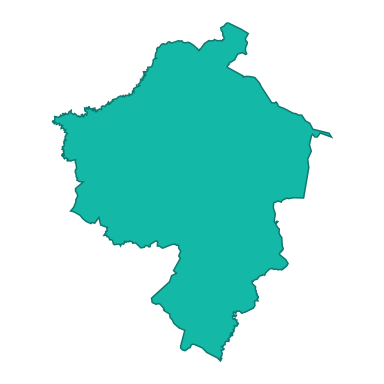 Sultepec, México, Mexico (Albers equal-area conic projection)
{"feature_id": "50627088B3947327185408", "entity_name": "Sultepec", "entity_type": "district", "adm_level": 2, "iso_a3": "MEX", "parent_name": "Mexico", "parent_adm1": "México", "projection": "albers", "projection_center": [-100.013, 18.721], "detail": "fine", "context": "isolated", "style": "filled", "palette": "teal", "viewbox_px": 384, "rotation_deg": 0, "n_neighbors": 0, "source": "geoboundaries", "source_scale": "gbopen_adm2", "svg_char_len": 5871}
<svg xmlns="http://www.w3.org/2000/svg" viewBox="0 0 384 384"><path d="M331.5,137.1L329.0,133.2L312.8,129.2L309.8,123.3L305.5,120.9L301.8,115.2L298.4,115.0L295.8,113.6L293.3,113.3L283.7,108.3L279.3,106.7L278.1,105.8L277.3,103.5L276.0,102.0L274.8,103.0L271.7,102.8L261.0,86.3L259.7,83.3L254.8,77.5L249.7,76.5L245.6,76.4L243.1,77.1L243.0,75.9L227.3,67.3L227.5,65.8L229.1,64.4L229.1,63.1L234.7,59.8L237.6,54.1L242.5,52.6L245.5,54.5L246.7,53.8L245.5,50.7L245.5,47.9L247.4,43.0L247.1,41.8L245.7,40.4L245.4,38.8L248.3,33.6L240.9,29.1L228.3,23.0L226.4,23.2L223.8,26.2L220.8,27.7L221.1,30.0L222.6,32.3L222.9,35.5L224.1,37.6L223.9,39.4L222.7,39.7L222.5,40.9L220.3,40.4L219.2,40.9L216.7,40.5L214.4,39.5L213.5,40.5L210.9,41.0L209.1,40.5L204.6,43.4L200.6,48.9L199.8,49.2L199.4,50.5L198.5,50.5L198.2,49.5L193.7,45.4L189.8,42.8L188.5,42.3L184.5,42.8L183.2,42.4L181.6,40.7L180.6,41.2L178.5,40.7L171.4,43.2L169.6,41.8L168.2,42.0L165.8,44.4L163.3,43.7L161.6,44.3L159.6,46.9L158.6,47.7L157.6,47.5L156.6,49.4L157.1,50.6L155.6,53.6L155.2,57.0L156.5,58.3L154.6,58.6L153.1,60.2L153.2,62.0L152.0,66.1L151.0,67.0L147.8,67.3L148.1,69.2L146.9,69.7L147.5,70.9L146.8,71.7L145.3,71.7L145.2,72.6L144.2,71.6L143.5,71.7L144.2,75.0L145.6,74.5L145.7,75.4L144.0,76.8L143.4,76.2L143.1,76.5L143.5,78.4L142.1,78.3L142.7,80.1L140.7,79.5L141.0,80.5L140.3,81.1L140.8,82.0L138.1,84.6L139.7,85.7L137.5,86.8L136.6,85.6L136.6,87.1L133.6,88.6L133.9,92.2L132.7,91.1L132.0,94.5L130.2,94.6L129.2,93.8L129.0,95.3L129.9,96.1L127.8,95.2L126.6,95.8L125.4,95.2L124.4,96.9L123.1,95.5L122.2,96.8L120.7,95.9L117.8,97.3L116.8,98.6L112.7,99.6L112.3,100.2L113.1,101.1L111.0,101.9L110.5,103.5L109.5,103.5L108.5,101.9L107.7,103.2L108.7,104.3L106.4,104.5L104.8,106.5L102.7,105.9L101.4,106.8L101.5,109.6L99.8,108.9L98.0,109.8L96.7,111.7L95.8,111.9L95.5,111.3L95.9,110.1L93.5,110.4L95.0,109.2L94.8,108.0L92.4,108.7L92.7,109.9L91.0,108.7L90.1,108.9L89.2,106.8L88.5,106.9L88.0,109.1L86.7,107.6L86.1,107.7L85.7,109.2L84.7,108.3L84.9,110.8L87.3,112.4L86.7,114.9L85.3,113.8L83.4,116.9L82.8,116.5L83.0,115.1L82.3,114.3L81.2,115.0L81.0,116.6L79.9,117.1L78.8,115.9L78.4,116.6L77.7,116.3L74.8,113.5L73.9,114.5L71.6,113.2L71.0,112.5L71.2,110.4L68.6,112.3L68.9,113.5L67.6,114.4L66.5,113.8L65.2,114.4L65.8,113.5L65.4,113.2L64.2,114.1L63.1,113.5L62.7,113.6L63.3,115.0L61.8,115.6L60.9,115.1L60.8,116.4L60.0,116.1L58.8,117.4L54.7,116.5L54.9,119.4L54.2,120.9L52.9,120.9L52.5,121.6L54.3,123.7L55.2,122.1L55.8,122.2L56.3,124.5L59.4,123.3L59.5,125.2L60.9,124.9L62.6,125.6L61.4,126.6L61.1,128.6L63.1,128.0L63.7,128.4L64.1,130.1L65.6,129.7L64.6,132.3L66.9,132.9L67.3,133.7L65.9,134.9L65.9,136.1L65.2,136.3L65.1,139.2L66.0,140.0L65.2,140.6L64.5,140.2L64.5,141.2L63.8,141.7L64.4,142.7L63.8,143.2L64.3,143.7L63.9,146.2L62.4,146.8L62.5,148.0L63.2,148.5L62.1,149.3L64.1,150.6L63.4,151.6L64.0,153.2L62.5,154.0L64.4,155.2L64.1,155.6L62.0,154.9L61.8,155.6L63.5,156.9L64.4,158.8L65.9,157.9L68.0,158.9L68.0,159.5L67.0,160.0L67.5,161.0L69.1,160.6L70.8,161.1L71.6,160.5L75.6,159.8L75.3,162.5L76.0,163.7L76.6,168.5L75.5,169.8L75.2,171.6L76.2,174.9L76.1,176.4L76.7,177.8L77.6,178.2L76.9,180.2L79.5,181.6L83.2,182.0L75.5,188.6L75.6,191.3L77.2,193.9L77.7,196.3L75.9,199.6L75.9,201.9L73.8,207.2L70.6,211.0L73.9,211.8L80.1,215.3L82.7,218.5L86.1,221.4L90.9,223.6L91.8,222.5L94.7,223.2L98.9,217.4L100.7,225.0L107.5,227.5L106.9,228.3L107.0,231.2L105.7,231.5L105.7,232.8L103.9,235.4L106.6,235.3L107.0,236.7L108.7,237.0L109.7,239.8L111.5,239.7L112.7,241.0L113.4,244.0L114.4,244.7L118.1,244.1L119.9,244.4L120.5,245.9L121.4,244.2L122.5,243.7L123.7,244.2L124.9,241.3L126.0,242.4L127.1,241.5L128.9,241.8L129.7,240.9L132.5,242.1L132.7,243.2L135.7,242.9L140.8,247.9L144.2,247.3L145.7,245.5L148.0,245.9L148.7,246.8L150.1,246.7L150.4,244.3L155.6,241.0L157.6,241.4L157.3,246.0L159.3,246.1L162.6,248.2L171.9,244.5L175.4,244.2L176.3,245.2L178.6,245.4L178.7,248.2L180.7,251.2L178.7,256.0L180.3,258.3L173.5,270.7L176.5,273.2L171.6,275.7L169.5,281.8L151.5,298.2L152.2,302.5L156.3,304.4L158.0,303.5L160.1,304.2L164.0,308.6L164.3,309.7L163.6,310.0L164.1,310.6L169.7,314.1L170.1,317.5L172.2,319.8L174.0,323.5L179.2,328.0L184.8,330.3L180.6,346.4L180.7,348.1L182.6,350.0L184.9,350.7L185.8,350.3L188.6,348.0L190.1,347.7L191.4,344.5L193.9,344.2L202.4,347.9L206.8,352.5L217.3,357.8L220.5,361.0L221.7,358.5L220.4,358.5L220.3,357.8L221.7,356.0L222.2,353.5L221.2,350.2L223.6,349.8L224.1,349.0L221.6,346.6L223.0,346.3L223.9,345.0L225.1,344.5L225.0,342.4L225.8,341.4L228.8,341.4L229.2,339.6L228.0,338.9L230.5,336.6L230.1,335.5L232.1,335.7L232.7,335.1L232.4,334.2L230.7,333.4L231.5,332.7L232.7,333.0L234.2,330.8L233.2,329.8L234.0,329.3L234.8,327.5L234.3,325.9L236.8,326.1L237.3,325.6L237.0,324.6L238.4,323.9L237.8,322.6L236.4,321.8L236.9,320.1L235.1,319.7L234.9,318.2L233.6,319.3L232.8,318.5L232.5,316.1L236.0,316.2L236.4,315.3L233.9,315.2L233.3,312.1L233.7,311.8L235.8,313.3L236.5,311.0L240.1,311.4L241.6,313.2L245.5,312.0L253.5,308.0L254.9,305.6L254.6,301.3L255.8,300.6L258.0,300.8L257.2,299.0L257.6,298.0L258.1,298.1L258.3,296.5L257.0,295.4L257.2,294.2L256.2,292.7L256.2,290.6L255.3,289.6L255.6,286.8L252.3,283.7L252.0,281.3L253.3,281.3L254.2,280.0L257.1,279.2L259.4,276.2L261.1,275.4L262.0,275.6L262.7,274.7L264.7,275.2L265.5,273.1L269.4,269.1L272.2,268.4L273.6,269.4L275.9,269.0L278.1,269.8L280.2,269.4L281.4,269.9L282.8,269.4L283.1,268.3L284.1,268.2L286.5,266.2L288.1,263.6L285.7,259.6L279.5,254.5L279.8,252.8L281.7,251.3L281.4,250.7L282.7,250.1L283.3,248.6L282.3,246.3L281.7,237.3L280.4,235.9L279.0,233.0L279.3,229.0L277.6,227.5L275.9,224.5L275.8,224.0L277.9,221.6L276.9,221.2L275.0,222.9L274.2,221.4L275.3,213.9L273.3,207.8L273.7,202.9L278.1,201.0L281.3,202.1L282.1,200.3L286.8,198.2L288.8,198.6L293.8,197.7L303.6,198.0L308.8,167.6L307.7,159.0L311.3,151.2L309.4,144.7L311.5,135.7L312.6,134.2L314.9,137.0L317.3,137.0L320.2,133.0L331.5,137.1Z" fill="#14b8a6" stroke="#0f766e" stroke-width="1.5"/></svg>